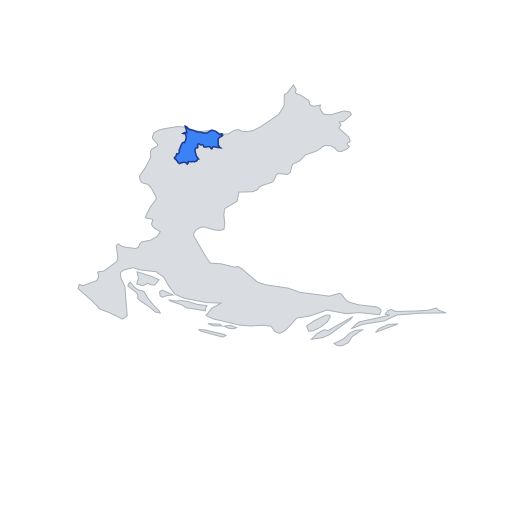 Croatia, with Koprivničko-Križevačka highlighted, rotated 323°
{"feature_id": "HRV-1608", "entity_name": "Koprivničko-Križevačka", "entity_type": "County", "adm_level": 1, "iso_a3": "HRV", "parent_name": "Croatia", "parent_adm1": "", "projection": "albers", "projection_center": [16.81, 46.118], "detail": "fine", "context": "in_parent", "style": "filled", "palette": "blue", "viewbox_px": 512, "rotation_deg": 323, "n_neighbors": 0, "source": "natural_earth", "source_scale": "10m", "svg_char_len": 6235}
<svg xmlns="http://www.w3.org/2000/svg" viewBox="0 0 512 512"><g transform="rotate(323 256 256)"><path d="M97.8,172.3L99.7,175.5L114.0,179.8L117.2,178.3L119.2,175.8L119.2,174.1L120.5,173.7L125.5,176.4L141.1,176.6L144.3,174.8L150.4,164.0L152.4,163.2L153.6,163.7L154.4,166.9L156.6,170.0L164.3,177.5L167.2,178.4L170.1,176.5L173.2,176.0L181.6,180.0L188.8,180.9L194.2,179.0L191.7,173.1L191.3,170.2L191.7,167.6L195.4,165.1L195.3,164.0L190.9,159.3L191.2,158.2L200.9,153.3L210.3,150.6L211.8,148.4L213.2,138.9L212.8,133.8L209.1,129.0L208.9,126.6L209.8,124.1L211.3,121.9L219.4,119.4L231.1,114.0L234.7,108.9L236.9,108.0L243.4,108.8L244.8,107.5L244.0,100.1L245.2,98.3L248.6,96.2L254.3,97.0L259.0,99.0L271.5,105.5L278.2,111.5L281.9,118.2L286.9,123.4L293.3,127.1L298.3,132.0L302.1,138.3L307.3,141.8L314.0,142.5L318.2,144.6L320.0,148.1L323.7,151.3L329.2,154.1L337.8,155.6L359.3,156.6L368.8,153.0L375.8,144.1L378.9,144.7L388.8,141.9L388.3,147.1L385.4,149.5L388.6,154.8L391.7,163.4L390.2,167.8L392.2,171.1L398.4,174.3L396.7,175.3L395.4,178.2L395.4,183.4L400.4,188.1L413.6,193.1L417.5,197.3L417.7,199.2L417.0,200.5L407.0,201.2L403.1,199.1L402.8,202.6L399.1,203.8L401.6,216.5L400.8,220.2L399.5,221.5L396.7,220.9L395.9,222.1L396.6,224.8L393.0,225.2L387.2,224.0L384.4,221.6L383.8,216.7L381.9,212.9L377.2,209.0L367.5,208.6L356.2,205.0L348.1,206.3L340.3,204.7L333.6,209.9L330.2,209.8L323.4,203.6L321.4,203.3L315.5,206.5L313.1,206.7L303.2,203.4L299.6,202.9L297.0,204.0L292.2,202.8L280.8,194.7L273.8,200.9L259.5,199.3L255.2,203.6L250.3,211.7L246.3,215.5L242.9,214.1L238.8,210.5L231.8,201.2L228.2,199.6L224.1,199.1L220.5,200.1L218.5,201.9L215.4,227.1L215.2,234.2L223.1,240.9L232.4,252.2L235.4,253.6L236.9,257.3L241.4,277.5L246.2,284.6L262.5,301.2L269.4,311.7L290.4,332.2L299.7,335.8L301.2,337.7L301.4,345.7L302.4,348.6L308.7,356.9L321.5,369.0L323.0,371.8L323.4,373.9L322.6,375.5L319.3,377.2L304.6,363.5L293.1,356.1L280.2,341.9L262.9,336.3L251.2,330.1L236.3,332.9L231.5,332.9L228.1,331.7L225.7,327.9L225.7,321.0L218.9,314.8L209.7,308.7L201.0,301.0L183.7,280.1L180.3,273.4L189.4,271.1L199.8,272.6L188.7,263.7L173.0,246.2L168.4,237.9L168.1,229.2L169.5,217.3L166.9,208.6L154.9,197.2L150.6,191.2L141.6,187.5L137.6,187.7L135.0,192.0L132.9,201.5L117.1,226.3L111.3,226.0L105.2,213.7L99.3,204.3L98.3,194.6L94.3,174.9L97.8,172.3ZM368.7,406.0L368.9,408.9L373.6,415.8L352.7,400.5L333.1,388.0L319.4,385.1L300.5,375.0L288.3,371.4L298.3,370.5L327.3,383.9L324.1,380.4L328.2,378.9L331.8,379.9L334.1,384.3L350.5,396.1L361.0,403.1L368.7,406.0ZM145.7,241.0L145.2,244.0L141.9,240.1L140.4,233.1L136.5,221.9L136.0,218.8L138.3,215.7L138.3,212.6L135.6,202.8L138.2,201.3L139.7,201.1L140.1,207.9L141.3,211.8L145.2,216.7L144.2,224.6L144.7,235.8L145.7,241.0ZM164.2,216.7L157.4,218.2L154.2,215.1L153.4,212.6L147.8,211.7L143.9,206.6L148.8,203.0L151.5,197.0L160.5,209.7L164.2,216.7ZM273.4,351.5L264.4,351.6L256.6,350.2L252.8,347.8L254.3,342.3L263.0,342.7L276.2,345.2L279.5,348.0L278.5,349.3L273.4,351.5ZM296.8,362.7L292.8,363.5L267.4,363.0L260.0,361.3L250.1,355.8L258.4,354.7L266.1,355.9L268.4,358.9L296.8,362.7ZM184.1,267.3L182.6,269.3L169.0,255.2L167.5,250.6L160.8,241.0L159.9,238.5L166.0,244.8L168.4,245.4L174.3,251.6L180.1,259.4L187.0,266.2L184.1,267.3ZM265.7,372.8L276.3,375.0L284.1,374.0L291.1,375.3L296.6,379.0L284.5,378.2L277.2,380.8L270.8,379.4L268.3,377.8L266.6,375.7L265.7,372.8ZM183.5,299.6L184.2,301.5L180.5,300.7L167.1,283.3L165.7,280.0L170.5,284.1L183.5,299.6ZM160.8,226.9L166.3,237.2L161.1,234.0L156.5,232.7L155.5,230.3L157.3,226.6L160.8,226.9ZM320.7,390.4L328.6,395.7L305.6,388.9L310.6,388.0L320.7,390.4ZM193.8,295.8L197.4,301.6L193.9,300.4L190.3,296.7L188.2,292.8L193.8,295.8ZM186.1,288.7L186.9,291.5L180.0,286.2L176.9,281.1L186.1,288.7Z" fill="#d9dde1" stroke="#a8b0b8" stroke-width="1"/><path d="M278.6,113.7L279.1,115.2L279.5,115.7L279.9,116.0L281.9,118.4L283.3,120.9L283.8,121.6L286.7,124.0L287.1,124.5L287.4,125.4L288.0,126.1L290.6,128.0L291.5,128.4L295.9,128.6L296.5,128.9L298.6,131.7L299.0,132.5L299.6,135.0L299.8,135.8L300.2,137.1L301.0,137.4L301.9,137.5L302.4,138.2L302.0,138.3L301.3,138.6L300.9,138.7L300.9,139.2L301.7,139.5L301.8,139.6L301.4,139.7L300.9,139.7L298.0,139.3L297.5,139.4L297.0,139.5L295.9,140.2L295.6,140.4L295.4,140.7L293.8,143.2L292.9,144.2L292.5,144.6L292.4,145.0L292.7,145.4L292.7,145.6L292.4,146.1L292.4,146.4L292.5,146.8L292.8,148.2L290.9,146.4L290.2,145.8L289.9,145.5L289.6,145.1L288.8,144.0L288.4,143.5L287.9,143.2L287.2,143.1L286.8,143.1L286.4,143.2L285.5,143.9L285.2,143.9L284.8,143.2L284.8,142.5L284.9,141.8L284.9,141.1L284.3,140.4L283.3,139.7L281.1,138.6L280.3,138.0L280.0,137.4L280.6,135.9L280.6,135.5L280.4,135.2L280.2,135.0L279.3,134.5L278.9,134.2L278.6,133.9L278.5,133.5L278.4,133.3L278.4,133.0L278.2,132.5L278.1,132.2L277.9,132.0L277.5,131.9L277.1,131.8L276.7,131.7L276.4,131.7L276.2,132.0L276.0,132.4L275.8,133.2L275.7,133.4L275.4,133.7L274.9,134.1L274.8,134.3L274.6,134.5L274.4,134.5L274.0,134.1L273.8,133.7L273.4,133.5L273.0,133.5L272.0,133.9L271.1,134.5L270.6,135.5L269.9,136.6L269.5,138.0L268.7,139.6L268.5,140.7L268.5,144.0L267.7,143.6L266.1,144.3L265.7,144.4L265.3,144.3L265.1,144.0L264.6,143.8L264.3,143.8L263.8,143.9L263.6,143.9L263.4,143.5L263.2,143.2L262.9,142.9L260.8,141.7L260.5,141.4L259.1,140.0L258.8,139.8L258.6,139.8L258.4,139.9L258.3,140.1L258.2,140.3L258.0,140.7L257.8,140.9L257.4,141.1L256.7,141.3L256.3,141.3L256.2,141.1L256.3,140.6L256.4,140.2L256.5,140.1L256.5,139.9L256.4,139.7L255.8,139.0L255.0,137.7L254.4,137.4L250.4,136.1L250.0,134.7L250.2,131.9L250.1,131.0L249.7,129.4L249.7,128.8L249.9,128.4L250.7,128.2L250.9,128.2L251.7,128.3L252.0,128.2L254.1,126.7L254.3,126.6L254.5,126.7L254.5,126.8L254.7,127.2L254.8,127.3L255.2,127.5L256.6,127.2L257.3,126.9L257.6,126.6L257.7,126.2L257.9,125.7L258.1,125.4L263.3,122.2L265.2,121.5L266.1,121.4L266.4,121.5L266.6,121.7L266.8,122.2L267.0,122.4L267.6,122.1L268.7,121.6L270.6,120.3L271.6,119.5L272.0,118.8L272.3,117.8L272.7,117.1L272.9,116.6L272.9,116.2L272.9,115.9L272.8,115.6L272.7,115.4L272.1,115.0L271.4,114.2L273.2,114.4L273.8,114.8L274.1,115.1L274.3,115.5L274.8,116.1L275.0,116.0L275.1,115.8L276.7,112.2L276.8,111.9L276.9,111.6L277.3,110.1L277.5,109.6L277.9,110.0L278.4,111.3L278.2,112.5L278.6,113.7Z" fill="#3b82f6" stroke="#1e3a8a" stroke-width="1.5"/></g></svg>